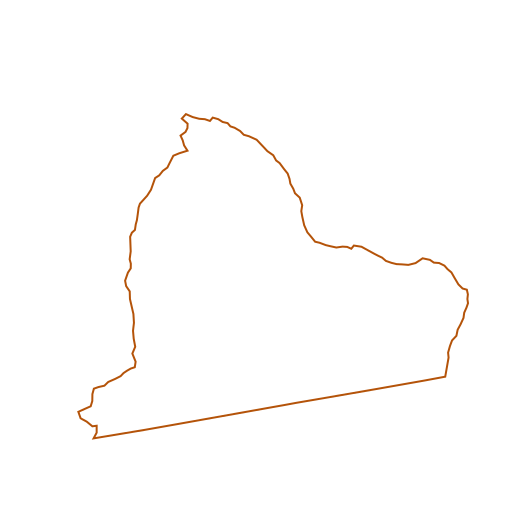 Cidade Ocidental, Goiás, Brazil (Mercator projection), rotated 170°
{"feature_id": "56859067B79829486223890", "entity_name": "Cidade Ocidental", "entity_type": "district", "adm_level": 2, "iso_a3": "BRA", "parent_name": "Brazil", "parent_adm1": "Goiás", "projection": "mercator", "projection_center": [-47.82, -16.154], "detail": "fine", "context": "isolated", "style": "outline", "palette": "amber", "viewbox_px": 512, "rotation_deg": 170, "n_neighbors": 0, "source": "geoboundaries", "source_scale": "gbopen_adm2", "svg_char_len": 1977}
<svg xmlns="http://www.w3.org/2000/svg" viewBox="0 0 512 512"><g transform="rotate(170 256 256)"><path d="M447.6,104.6L396.2,104.1L371.3,104.1L363.2,104.1L265.6,104.3L254.9,104.3L241.5,104.4L223.9,104.3L161.8,104.1L153.0,104.1L129.6,104.1L117.0,104.1L111.7,104.1L90.6,104.3L84.0,122.5L83.6,127.5L80.6,133.7L77.6,138.8L72.5,142.6L70.2,148.4L66.4,153.2L62.4,159.0L60.8,164.0L57.7,168.6L55.4,172.7L55.3,176.9L54.0,181.4L54.2,186.2L58.2,188.1L61.6,192.9L64.4,200.3L66.4,205.9L69.6,209.7L72.1,213.8L76.9,217.3L82.0,218.6L85.4,222.0L92.3,224.8L100.1,221.3L107.5,220.8L113.7,222.4L119.0,223.6L123.7,225.7L128.9,228.6L132.1,232.5L135.5,234.9L138.8,237.4L146.8,243.8L150.5,246.8L157.8,249.3L160.9,246.6L164.6,249.1L169.1,250.2L175.4,250.4L181.0,252.7L185.4,254.6L191.1,258.0L195.3,259.8L198.5,265.6L201.3,270.4L203.2,277.9L203.6,286.5L203.6,292.3L201.7,298.0L202.8,305.9L206.7,311.0L207.6,315.7L209.6,321.3L209.6,326.1L210.5,331.7L213.3,336.8L216.6,343.4L219.6,346.6L221.5,352.2L226.6,357.3L230.5,363.3L235.2,370.4L242.2,375.2L247.0,377.5L249.9,381.8L254.8,386.0L258.7,388.1L260.9,391.8L265.6,393.8L269.4,397.3L274.6,399.8L277.9,397.0L282.6,399.6L288.1,401.0L294.2,403.8L300.4,407.9L305.2,404.2L300.4,398.2L301.3,393.9L303.9,390.4L309.4,387.7L308.1,382.6L307.6,377.4L305.2,371.6L313.7,370.5L320.0,369.1L325.2,362.2L327.9,358.5L333.0,356.0L337.3,352.2L341.8,350.3L347.9,339.5L352.8,334.2L361.2,327.7L363.2,324.1L365.2,317.7L367.1,311.9L368.9,308.1L370.7,302.7L374.2,300.5L376.6,296.8L378.6,282.3L381.0,274.7L380.6,270.2L381.5,265.6L385.0,261.9L389.2,254.4L389.1,248.9L386.5,243.1L387.6,235.5L386.8,220.2L387.8,211.4L390.1,203.7L390.8,195.8L390.7,187.6L394.7,181.4L392.9,172.8L394.7,167.5L398.9,166.9L403.0,165.4L406.8,163.7L410.2,161.2L416.1,159.4L423.4,157.6L427.8,154.6L433.9,154.3L438.7,153.5L441.1,148.4L442.4,141.6L444.9,136.7L450.6,135.3L458.0,133.4L456.9,126.6L451.5,122.3L446.7,116.7L442.4,116.5L443.6,109.7L447.6,104.6Z" fill="none" stroke="#b45309" stroke-width="2"/></g></svg>